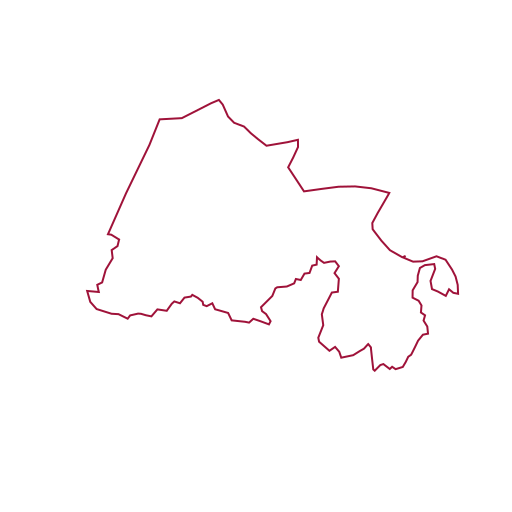 Quardu Boundi, Lofa, Liberia, rotated 153°
{"feature_id": "62588387B13670701840793", "entity_name": "Quardu Boundi", "entity_type": "district", "adm_level": 2, "iso_a3": "LBR", "parent_name": "Liberia", "parent_adm1": "Lofa", "projection": "orthographic", "projection_center": [-9.634, 8.375], "detail": "fine", "context": "isolated", "style": "outline", "palette": "rose", "viewbox_px": 512, "rotation_deg": 153, "n_neighbors": 0, "source": "geoboundaries", "source_scale": "gbopen_adm2", "svg_char_len": 2499}
<svg xmlns="http://www.w3.org/2000/svg" viewBox="0 0 512 512"><g transform="rotate(153 256 256)"><path d="M378.0,342.6L375.3,340.7L370.5,332.8L370.8,332.5L374.9,327.7L381.9,326.8L384.7,319.1L396.1,312.0L405.1,302.3L410.5,302.4L411.7,298.1L412.4,295.3L422.3,301.5L424.5,290.4L422.1,281.1L410.9,270.1L404.9,266.6L398.8,258.4L395.1,260.2L387.2,258.2L384.7,256.7L381.0,253.2L376.6,249.7L368.1,253.2L360.4,247.7L359.1,248.4L352.7,251.7L349.4,252.6L345.2,248.4L338.6,251.4L332.4,249.4L330.4,250.3L326.9,245.2L324.3,239.5L325.2,236.4L322.7,233.7L316.4,233.7L316.6,227.1L312.6,223.4L306.7,217.9L306.9,209.7L295.7,202.4L292.4,199.8L286.9,201.3L281.4,195.6L275.5,189.2L272.6,191.3L273.4,199.7L275.6,204.1L274.8,208.1L265.8,211.0L259.6,213.0L253.5,218.3L251.3,218.5L243.1,215.1L242.3,214.8L234.4,214.3L230.9,217.4L227.0,214.3L220.8,218.3L216.0,216.6L210.3,221.9L205.9,220.8L202.2,227.2L201.6,225.5L200.4,222.6L198.5,219.0L192.3,217.3L187.9,215.3L186.8,209.3L193.8,205.1L192.9,200.3L192.5,198.1L199.3,187.0L205.0,189.0L211.1,184.6L219.5,178.6L221.4,176.6L223.8,174.2L227.5,163.8L237.6,154.9L238.7,151.0L233.6,138.2L226.8,139.1L225.3,132.9L226.2,126.7L214.4,123.5L206.5,124.2L201.9,124.4L196.4,126.5L196.0,126.6L195.1,122.4L195.8,120.8L199.3,111.6L203.0,101.7L202.3,99.9L194.7,102.4L191.6,101.9L188.1,94.6L185.0,95.5L183.0,91.8L175.6,90.5L170.7,93.6L166.1,97.1L162.6,97.6L160.5,99.1L155.5,102.8L150.0,107.0L143.0,110.1L138.0,108.7L135.4,115.4L135.9,121.0L136.0,122.4L132.3,126.4L134.7,130.8L131.0,136.8L131.4,142.3L135.4,147.8L134.7,149.2L132.0,154.3L123.9,159.4L120.8,165.0L115.4,170.9L109.7,171.2L100.9,167.9L101.2,166.8L102.2,163.2L111.2,155.1L111.8,154.6L114.2,146.6L110.1,141.8L105.0,134.3L99.1,138.7L96.9,133.6L93.1,130.6L89.4,138.7L87.5,147.1L87.5,154.9L88.8,166.6L90.8,168.9L91.7,169.8L95.3,173.8L110.1,175.7L118.5,179.6L119.1,180.2L125.6,187.9L122.7,188.2L126.0,188.3L126.3,188.6L134.0,200.3L134.3,201.4L136.7,210.4L137.3,212.6L139.4,224.0L139.5,224.6L139.6,225.2L139.9,226.9L137.4,232.6L127.7,239.3L125.8,240.5L112.5,249.1L109.6,251.0L108.6,251.7L122.5,264.0L136.1,273.0L150.9,280.2L167.1,286.0L183.9,291.8L184.0,292.8L186.1,311.7L187.1,320.4L178.1,326.9L169.1,334.0L166.7,338.8L165.9,340.5L176.2,343.1L196.6,349.5L201.3,359.5L204.6,367.1L205.1,368.4L205.8,370.6L207.9,376.8L215.0,384.6L217.6,393.0L216.9,406.0L217.9,410.5L218.2,411.9L226.6,412.5L250.5,412.5L259.5,412.5L270.8,417.5L279.8,421.5L300.6,403.3L301.8,402.4L343.3,370.9L378.0,342.6Z" fill="none" stroke="#9f1239" stroke-width="2"/></g></svg>